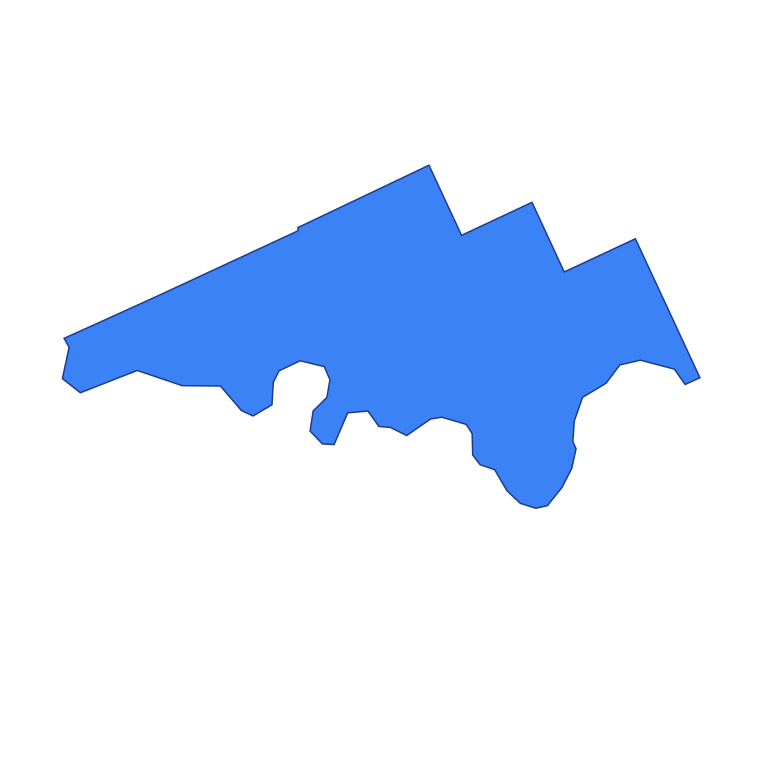 Pawnee, Oklahoma, United States of America (Robinson projection), rotated 155°
{"feature_id": "52423323B92257960877908", "entity_name": "Pawnee", "entity_type": "district", "adm_level": 2, "iso_a3": "USA", "parent_name": "United States of America", "parent_adm1": "Oklahoma", "projection": "robinson", "projection_center": [-96.654, 36.362], "detail": "fine", "context": "isolated", "style": "filled", "palette": "blue", "viewbox_px": 768, "rotation_deg": 155, "n_neighbors": 0, "source": "geoboundaries", "source_scale": "gbopen_adm2", "svg_char_len": 888}
<svg xmlns="http://www.w3.org/2000/svg" viewBox="0 0 768 768"><g transform="rotate(155 384 384)"><path d="M654.6,560.6L653.9,550.3L673.2,524.8L662.9,504.4L602.0,500.6L567.6,467.8L533.1,451.3L524.4,420.1L516.2,410.4L494.3,412.5L483.6,432.3L473.5,440.3L450.2,440.5L430.8,425.0L431.2,410.7L441.4,396.0L459.6,389.5L470.9,372.6L465.1,355.7L454.8,350.2L429.1,373.2L410.0,366.3L406.6,347.7L396.6,342.0L385.2,327.7L356.8,332.6L345.8,329.6L326.5,312.6L325.1,301.8L333.6,282.2L331.0,270.2L319.9,259.6L317.7,235.4L310.9,218.2L298.9,207.2L287.3,204.7L266.3,215.1L249.5,228.2L237.3,244.1L237.2,252.0L227.1,270.1L209.7,288.0L182.5,290.8L162.2,301.6L141.6,297.3L114.5,274.7L111.3,256.3L95.0,256.2L94.9,346.3L94.8,409.4L173.3,409.4L173.1,486.1L250.9,486.0L250.8,563.3L392.0,562.2L395.7,562.4L397.3,559.2L557.4,559.5L632.9,560.3L654.6,560.6Z" fill="#3b82f6" stroke="#1e3a8a" stroke-width="1.5"/></g></svg>